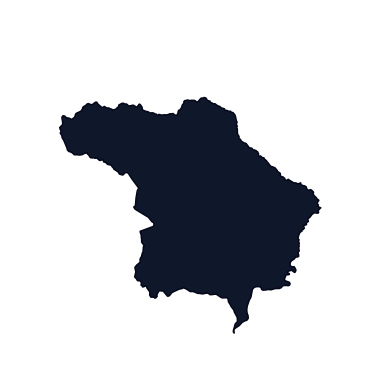 Atsabe, Ermera, East Timor, rotated 233°
{"feature_id": "22284137B3640160656935", "entity_name": "Atsabe", "entity_type": "district", "adm_level": 2, "iso_a3": "TLS", "parent_name": "East Timor", "parent_adm1": "Ermera", "projection": "orthographic", "projection_center": [125.398, -8.932], "detail": "fine", "context": "isolated", "style": "filled", "palette": "ink", "viewbox_px": 384, "rotation_deg": 233, "n_neighbors": 0, "source": "geoboundaries", "source_scale": "gbopen_adm2", "svg_char_len": 6027}
<svg xmlns="http://www.w3.org/2000/svg" viewBox="0 0 384 384"><g transform="rotate(233 192 192)"><path d="M307.5,176.8L309.1,176.2L310.7,174.2L312.2,173.9L313.1,173.4L313.3,171.7L313.7,170.9L318.7,169.8L320.9,170.0L321.5,169.5L321.8,168.9L321.8,165.0L322.3,164.1L325.0,162.4L325.4,161.3L325.1,158.7L325.4,157.6L325.3,155.6L324.8,155.3L323.9,153.7L323.4,151.8L324.4,147.3L324.3,146.0L322.8,144.0L322.4,143.2L322.3,139.7L325.0,138.2L327.1,136.3L329.2,136.1L330.5,134.9L330.3,133.7L329.5,132.7L326.1,131.0L324.2,129.7L323.7,129.0L323.1,125.2L321.5,124.4L320.2,124.4L319.5,124.1L318.2,122.2L315.4,122.0L313.6,121.0L310.1,120.6L305.4,119.4L302.3,118.6L300.7,117.8L298.5,118.0L297.0,119.2L295.1,120.0L292.7,120.4L292.2,120.8L291.0,122.6L289.5,124.0L288.3,126.0L287.8,127.2L287.6,129.3L286.4,131.7L285.1,131.4L284.0,131.8L281.1,131.5L280.3,131.8L279.2,132.9L278.6,134.1L277.5,134.6L276.7,136.0L276.1,136.5L273.0,137.1L272.4,137.8L271.9,139.3L271.4,139.8L270.8,140.1L269.7,139.9L269.2,139.6L267.6,140.8L264.9,141.2L261.9,143.7L260.1,143.4L259.1,143.7L257.2,143.4L252.5,145.1L250.1,144.8L247.6,146.5L247.2,147.3L247.2,147.9L247.7,149.9L247.5,150.5L246.3,152.2L244.4,152.3L238.2,151.9L227.6,151.8L227.1,151.6L226.0,149.1L221.0,143.8L215.5,138.9L215.1,138.4L215.0,136.5L214.5,136.3L212.4,136.3L210.7,136.9L198.0,142.0L192.4,142.1L190.7,142.8L190.1,142.8L188.5,141.7L187.9,140.7L188.0,139.7L191.8,127.0L190.9,126.4L188.1,125.5L185.8,123.9L184.8,123.7L184.0,122.7L183.2,122.6L182.3,121.6L178.1,121.5L177.5,120.2L173.9,117.1L172.9,115.3L170.8,112.8L170.3,111.3L169.6,110.1L167.4,108.5L167.1,107.7L166.9,103.8L166.3,101.4L165.8,100.8L162.0,99.1L158.7,95.1L155.8,95.4L154.2,95.1L153.5,95.5L152.9,96.7L151.2,97.2L149.6,96.7L148.3,95.3L146.8,95.7L146.0,95.4L145.4,96.3L144.9,98.4L144.0,98.8L141.9,98.2L138.1,98.2L136.6,97.5L135.2,96.2L132.8,95.9L131.3,97.9L130.4,98.5L129.7,98.5L129.2,99.3L129.7,101.4L130.8,102.0L131.3,102.6L132.7,105.4L132.7,106.6L130.2,109.4L123.7,109.7L123.3,110.0L122.9,110.9L122.8,111.8L123.7,114.9L123.6,116.5L122.2,123.1L120.7,126.4L120.8,127.3L120.4,127.7L117.9,129.1L113.5,130.7L112.3,132.5L111.4,133.3L107.4,135.7L106.7,136.8L104.4,138.9L102.3,143.1L101.1,144.1L99.3,144.5L98.6,145.3L96.3,149.2L95.6,149.9L89.9,151.9L89.2,152.5L86.4,156.4L85.7,156.6L85.1,156.5L82.2,155.0L79.4,154.8L77.1,154.3L72.6,154.4L70.7,153.6L64.8,152.7L61.9,150.9L61.1,150.0L60.6,147.1L56.4,141.6L55.3,140.8L53.5,140.8L55.0,141.3L56.4,142.3L57.2,143.6L56.9,149.5L57.7,153.5L57.2,157.3L56.8,157.7L56.6,158.6L57.2,160.8L59.2,162.2L62.5,163.3L65.0,164.9L67.0,166.8L68.0,168.0L71.2,172.7L72.5,175.7L77.5,181.2L78.0,182.1L78.3,183.6L78.0,185.8L76.1,188.6L74.7,189.5L73.7,189.5L72.4,189.0L71.0,189.5L69.5,191.7L68.2,194.3L66.4,196.2L64.7,200.6L62.4,203.6L61.9,205.6L62.5,208.2L60.8,210.9L59.3,212.4L58.9,213.6L59.2,214.3L59.5,214.9L60.2,215.3L61.3,215.4L65.4,212.8L66.1,213.0L67.4,214.3L69.0,216.9L69.0,217.4L67.7,219.7L67.7,220.1L68.2,220.6L69.2,220.2L69.7,219.7L70.5,219.9L70.7,220.5L70.7,221.7L69.2,224.9L67.7,224.9L66.1,225.5L65.9,226.1L66.8,227.7L67.2,228.1L70.6,228.7L72.6,226.5L73.3,226.3L74.8,226.4L75.8,227.4L76.4,227.7L77.2,230.0L77.0,233.4L77.7,235.5L76.6,237.1L76.5,238.5L77.9,239.5L79.6,240.0L80.0,240.5L80.4,242.1L83.5,243.8L84.1,244.9L86.2,246.0L86.2,246.6L88.6,247.5L89.3,248.7L90.3,248.4L91.1,248.7L91.7,249.6L92.6,249.7L93.0,250.1L92.8,250.8L93.8,252.0L94.8,254.2L94.6,256.2L95.5,256.7L95.2,257.3L95.2,258.5L95.6,260.0L98.2,260.6L97.7,261.3L97.1,263.8L98.7,265.1L98.4,267.2L100.0,267.8L100.8,268.7L100.9,271.0L101.9,274.5L101.8,276.6L101.5,277.6L100.1,278.9L99.3,279.9L99.3,280.4L99.5,280.8L101.0,281.5L101.3,281.9L101.9,285.2L102.5,285.0L103.1,284.3L104.3,284.3L105.4,284.5L105.7,285.1L106.5,284.9L107.7,285.4L108.6,286.7L108.8,288.0L109.4,288.3L110.8,287.8L113.5,287.8L115.4,287.3L116.9,287.6L117.9,287.5L118.4,288.7L118.8,288.9L119.7,288.9L121.8,288.5L122.5,288.1L123.6,285.6L125.0,285.5L127.5,286.3L129.0,285.7L130.9,284.1L132.4,283.6L133.9,284.2L134.7,281.5L136.5,280.6L138.5,278.5L139.8,278.2L140.5,277.6L141.7,277.5L142.4,277.0L144.2,276.5L144.4,274.5L145.2,273.7L145.7,273.7L147.2,274.3L148.4,273.8L149.2,273.8L151.0,272.4L152.3,272.6L152.7,273.1L153.8,273.7L156.6,272.8L158.6,273.0L161.6,272.8L162.7,271.9L163.6,271.6L164.3,270.8L165.8,270.3L170.5,270.3L170.9,270.1L172.2,270.3L174.8,269.6L175.7,270.0L176.6,269.6L177.3,268.7L179.5,268.5L180.1,267.1L181.1,267.0L182.7,268.3L183.5,268.3L184.7,268.6L185.9,268.0L186.3,268.1L188.1,267.1L188.3,266.6L188.7,266.3L191.0,266.1L192.9,264.4L198.0,264.4L199.0,263.9L199.8,263.1L202.8,262.1L203.7,262.0L204.8,262.4L205.8,261.9L206.7,261.8L208.0,263.0L210.8,263.3L211.8,263.8L215.2,266.2L216.7,266.4L217.2,267.7L219.1,268.1L219.9,268.6L220.5,269.9L222.9,270.6L225.7,272.0L227.1,272.3L227.3,272.6L228.8,272.7L229.8,272.4L230.2,272.6L231.0,272.4L231.8,271.2L233.1,271.5L233.7,271.0L234.1,269.8L235.6,269.4L237.3,267.7L237.9,267.4L238.4,267.9L239.1,267.9L241.6,266.0L243.7,265.7L244.3,264.9L245.9,264.4L246.1,264.0L248.1,263.7L248.8,263.3L249.6,262.1L251.2,261.5L252.2,260.7L253.8,261.0L254.3,260.5L256.0,259.4L258.4,259.7L259.5,259.2L260.2,258.5L260.0,258.1L260.7,257.1L261.5,255.4L260.6,251.6L260.9,250.2L261.6,249.7L263.0,249.5L263.7,249.1L265.3,247.1L266.9,244.5L267.9,244.2L269.3,241.2L269.1,239.9L268.5,239.6L267.8,238.7L267.3,236.6L266.2,235.2L265.2,233.2L264.9,231.8L265.2,230.4L265.0,230.0L263.4,228.1L262.5,226.4L262.5,225.7L263.9,224.6L266.1,224.1L266.9,222.5L267.7,221.6L268.3,219.3L268.9,218.1L270.3,216.4L271.9,213.7L273.1,213.0L274.0,212.0L274.0,211.2L274.3,210.4L274.9,210.2L275.5,210.4L276.3,209.6L278.1,208.9L279.5,207.6L279.8,206.7L280.5,206.0L282.8,205.1L282.9,204.6L284.9,203.3L284.9,202.8L286.2,202.6L287.0,202.1L287.6,202.0L290.0,203.2L292.6,203.3L293.6,203.1L293.9,202.5L293.2,200.3L293.1,199.0L293.3,198.7L296.5,197.5L297.0,196.9L298.6,193.3L301.6,192.7L302.5,191.5L304.2,190.6L305.0,189.3L305.5,186.0L304.8,185.3L304.3,184.2L304.4,183.2L304.0,181.8L304.2,180.4L305.2,178.0L306.6,177.7L307.5,176.8Z" fill="#0f172a" stroke="#020617" stroke-width="1.5"/></g></svg>